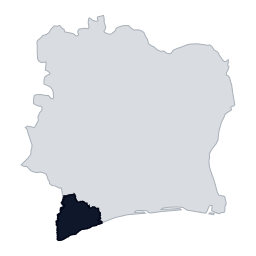 San Pedro, Bas-Sassandra, Ivory Coast (highlighted)
{"feature_id": "98640826B43081365176028", "entity_name": "San Pedro", "entity_type": "district", "adm_level": 2, "iso_a3": "CIV", "parent_name": "Ivory Coast", "parent_adm1": "Bas-Sassandra", "projection": "mercator", "projection_center": [-6.916, 5.016], "detail": "fine", "context": "in_parent", "style": "filled", "palette": "ink", "viewbox_px": 256, "rotation_deg": 0, "n_neighbors": 0, "source": "geoboundaries", "source_scale": "gbopen_adm2", "svg_char_len": 8264}
<svg xmlns="http://www.w3.org/2000/svg" viewBox="0 0 256 256"><path d="M42.7,35.4L43.7,35.3L46.4,34.5L48.9,32.7L51.1,29.0L54.2,25.9L57.7,26.2L58.7,25.6L59.9,25.5L61.4,27.5L62.8,29.0L63.9,29.0L64.7,31.9L71.0,33.1L73.7,33.9L76.0,36.0L76.8,36.0L77.7,35.6L78.5,34.9L78.6,34.1L77.7,32.2L78.1,30.5L79.1,29.0L80.7,28.9L83.2,28.4L86.0,28.4L88.1,28.7L89.0,27.2L88.2,22.9L88.4,20.6L88.7,18.6L89.5,17.8L92.6,20.3L95.5,21.2L97.6,21.2L98.1,20.8L97.3,18.0L97.5,17.2L98.2,16.7L99.6,16.5L103.3,15.4L103.6,15.6L104.3,19.9L104.0,21.3L104.8,24.2L105.7,26.9L105.7,28.0L104.9,29.7L104.0,31.2L104.1,31.8L105.5,32.9L108.3,34.0L111.2,34.2L112.8,32.6L114.5,31.4L115.6,30.2L116.0,28.5L117.9,27.3L123.1,25.7L127.9,25.5L129.1,26.0L131.3,28.3L134.0,30.0L138.2,29.8L141.3,30.7L143.9,32.5L145.7,36.6L147.6,39.5L148.5,43.6L151.5,45.8L153.9,46.8L157.2,49.8L160.5,51.3L164.0,51.0L165.6,52.5L168.2,53.7L170.8,53.7L173.1,50.3L176.1,48.9L183.7,46.1L186.7,44.9L189.8,44.1L197.1,43.8L204.0,44.7L207.3,45.3L209.7,44.9L211.9,46.5L214.1,50.0L216.0,51.1L217.9,52.3L219.3,55.0L221.0,57.7L221.9,58.9L223.9,61.5L225.7,61.6L227.4,60.4L228.1,59.6L228.5,61.3L227.8,64.2L227.9,66.0L228.9,66.6L228.4,68.9L226.4,72.8L226.3,75.1L228.3,75.8L229.8,78.2L230.6,82.3L231.5,83.7L231.6,84.6L233.0,94.6L234.8,104.7L233.7,106.0L232.1,106.4L231.1,106.9L230.8,107.8L231.5,109.2L231.0,110.4L229.1,111.3L224.8,114.5L224.6,115.8L223.4,118.5L222.5,120.1L221.1,123.2L218.9,131.4L218.1,138.1L218.0,140.2L217.1,141.6L216.2,143.7L211.6,149.5L209.2,154.2L209.5,156.3L209.6,158.3L208.9,159.8L209.1,163.8L209.6,167.1L210.5,170.4L213.8,179.6L215.5,185.3L216.6,189.8L217.5,192.8L218.4,194.1L218.8,195.2L223.7,196.1L224.7,196.7L226.1,202.6L225.8,205.3L224.9,206.3L224.9,208.6L224.7,211.4L223.9,212.5L221.2,212.6L219.3,213.7L216.8,213.2L216.6,212.5L215.2,212.3L211.6,210.7L212.2,205.6L210.5,205.4L209.2,206.0L206.6,212.2L205.3,213.2L187.0,210.1L183.0,207.5L178.2,207.0L169.9,207.2L163.1,208.0L161.1,209.5L178.4,208.6L180.3,208.8L181.2,209.8L159.3,211.8L150.9,213.0L148.5,212.6L146.6,210.7L137.5,210.4L135.7,211.1L134.6,212.5L138.1,212.2L143.8,212.1L145.3,213.2L127.6,214.7L115.4,217.5L110.2,219.5L93.2,226.2L82.8,229.4L80.1,230.6L75.3,233.8L69.3,235.9L62.5,239.8L58.3,240.6L57.4,239.4L57.2,232.9L56.7,224.1L56.9,220.8L57.4,217.6L57.5,215.0L59.5,214.0L60.1,212.9L60.4,209.5L62.3,206.4L62.4,201.0L62.9,199.9L63.4,198.5L62.5,194.9L61.5,188.2L60.9,187.8L60.5,188.1L59.4,188.2L55.1,185.9L51.8,185.5L49.5,183.5L49.3,181.3L48.2,180.0L47.4,177.4L46.3,174.4L43.0,172.6L39.9,172.1L37.8,172.5L35.2,172.4L32.3,171.4L30.3,170.3L28.4,168.1L26.6,166.4L25.2,166.6L23.5,166.2L21.8,165.4L21.2,164.8L28.3,157.8L30.7,154.4L31.0,152.3L31.0,150.2L31.8,148.1L32.0,144.8L28.0,132.9L27.0,129.2L26.0,128.1L25.3,127.7L27.3,126.1L30.0,126.5L34.2,127.7L35.1,126.6L38.3,120.5L38.2,118.3L37.9,116.7L39.8,112.6L41.2,111.0L42.0,109.3L41.8,106.9L40.6,106.1L39.2,106.2L37.4,105.7L34.7,104.3L33.4,103.1L33.8,97.6L34.1,95.9L35.0,95.0L36.5,94.7L40.6,94.5L44.0,95.2L46.9,95.5L48.5,95.5L49.8,97.1L51.5,98.8L53.0,98.8L53.5,97.6L53.2,92.2L52.2,89.3L49.9,86.6L44.1,84.2L43.9,80.9L44.5,77.4L45.8,76.1L50.1,73.8L49.4,72.6L48.0,71.3L45.2,70.0L45.9,65.7L46.0,61.9L43.7,62.3L41.3,62.5L39.2,61.4L37.6,59.1L37.2,52.7L37.2,45.3L36.9,42.1L37.6,40.4L39.6,38.8L41.9,36.7L42.7,35.4ZM214.4,213.3L213.5,214.7L208.9,213.8L210.0,212.7L214.4,213.3Z" fill="#d9dde1" stroke="#a8b0b8" stroke-width="1"/><path d="M64.0,196.0L64.1,196.3L63.9,196.8L63.9,197.0L64.2,197.3L63.5,197.3L63.4,197.4L63.4,198.2L63.2,198.5L63.3,198.8L63.6,198.9L63.9,199.1L63.8,199.5L63.6,199.5L63.3,199.3L63.2,199.3L63.0,199.5L63.5,199.8L63.5,200.0L63.1,200.2L63.0,200.4L63.0,200.5L62.9,200.8L62.5,200.9L62.3,201.2L62.4,201.8L62.6,202.2L62.5,202.8L62.3,202.6L62.1,202.5L62.0,202.4L61.9,202.1L61.5,202.4L61.4,202.7L61.4,202.8L61.6,203.1L62.0,203.3L62.1,203.6L62.2,204.2L62.4,204.5L63.2,205.0L63.7,204.9L63.6,204.5L63.7,204.4L63.9,204.4L63.8,204.9L63.7,205.7L64.0,206.1L64.4,206.1L64.1,206.4L64.0,206.6L63.8,206.6L63.7,206.7L63.3,206.9L63.3,207.1L63.5,207.5L63.4,207.7L63.1,207.8L63.0,208.3L62.5,208.7L62.4,208.7L62.7,208.4L62.7,208.2L62.4,208.0L62.4,207.9L62.6,207.9L62.7,207.6L62.9,207.5L62.8,207.2L62.6,207.2L62.1,207.3L61.8,207.6L61.5,207.7L61.2,207.9L61.1,208.0L60.9,207.8L60.6,208.0L60.5,208.4L60.5,208.6L60.8,208.7L60.9,208.8L60.9,209.4L60.9,209.5L60.7,209.4L60.6,209.5L60.3,209.9L60.2,210.2L60.4,210.5L60.5,210.5L60.6,210.8L60.5,211.2L60.7,211.6L60.6,212.1L60.5,212.5L60.2,212.8L60.2,213.3L59.7,213.5L59.7,213.9L59.3,214.4L59.2,214.3L59.3,213.9L59.1,213.7L58.7,213.8L58.3,214.2L57.9,214.4L57.8,214.7L57.6,214.7L57.4,214.9L57.4,215.1L57.6,215.2L57.7,215.6L57.9,215.7L57.8,216.0L58.0,216.3L57.9,216.4L57.7,216.8L57.7,217.1L57.9,217.5L58.2,217.6L58.2,217.8L58.1,218.2L57.9,218.3L57.8,218.6L57.6,218.6L57.6,218.8L57.8,219.2L58.1,219.1L58.3,219.2L58.5,219.5L58.4,219.6L58.3,219.8L58.4,220.1L58.5,220.3L58.7,220.5L58.3,220.7L58.0,220.5L57.8,220.5L57.5,220.6L57.4,221.0L57.1,221.1L56.9,220.9L56.3,221.1L56.1,221.7L56.1,221.9L56.3,222.1L56.6,222.1L56.5,222.3L56.6,222.7L56.7,222.8L56.5,223.0L56.4,223.1L56.5,223.4L56.8,223.9L56.5,224.0L56.4,224.2L56.3,224.4L56.4,224.8L56.4,225.0L56.9,225.4L57.5,225.5L57.3,226.0L57.5,226.4L57.5,226.8L57.7,227.1L57.4,227.6L57.7,228.3L57.7,228.5L57.3,228.5L57.2,228.8L57.5,229.5L57.3,229.5L57.1,229.6L57.0,230.1L57.4,230.2L57.6,230.4L57.7,231.2L58.0,231.6L57.7,231.9L57.7,232.1L57.2,232.1L57.0,232.6L57.4,232.9L57.5,233.1L57.5,233.4L57.6,233.7L57.3,233.9L57.3,234.3L57.8,235.0L57.6,235.2L57.8,235.8L57.5,236.0L57.3,236.5L57.3,236.9L57.4,237.2L57.7,237.5L58.3,237.6L58.2,237.7L57.8,237.9L57.6,238.1L57.2,238.9L57.3,239.4L57.9,240.0L58.3,240.0L58.5,240.2L58.9,240.3L59.2,240.2L60.3,240.3L60.9,240.1L61.2,240.1L61.9,239.8L62.8,239.6L63.5,239.1L64.5,238.7L65.0,238.2L65.4,238.1L65.9,237.9L66.2,237.4L66.5,237.2L67.0,236.9L67.4,236.9L68.4,236.7L68.7,236.0L69.8,235.3L70.2,235.2L70.7,234.7L71.4,234.7L71.6,234.5L72.5,234.5L74.2,234.3L74.5,234.4L74.8,234.2L75.2,234.2L75.3,234.0L76.1,233.9L76.2,233.7L76.3,233.2L76.7,232.8L77.1,232.7L77.2,232.3L77.9,232.1L77.9,231.9L78.2,231.6L78.3,231.6L78.6,231.2L78.8,231.1L79.6,230.7L80.1,230.4L80.0,230.0L80.1,229.8L80.3,229.7L81.1,229.5L81.5,229.5L82.0,229.3L85.4,228.9L85.6,228.7L86.3,228.6L86.8,228.7L87.4,228.6L87.6,228.2L88.7,228.0L89.6,227.8L90.2,227.4L90.4,227.3L91.1,226.8L91.2,226.5L92.0,226.1L92.4,226.0L92.7,225.9L92.9,225.9L93.4,225.8L94.5,225.7L95.1,225.6L96.4,225.3L96.6,225.2L96.7,224.8L97.3,224.5L98.0,224.4L98.5,224.2L99.5,223.9L99.7,224.0L101.3,223.3L101.9,223.2L101.9,222.8L101.9,222.5L102.0,222.0L101.9,222.0L101.7,222.1L101.4,221.9L101.3,221.4L101.2,221.4L100.9,221.1L100.6,221.0L100.4,221.1L100.2,220.9L99.9,221.0L99.7,221.2L99.5,221.3L99.0,221.3L98.9,221.0L98.7,220.6L98.3,220.5L98.0,220.2L98.0,219.9L98.4,219.9L98.5,219.8L98.8,219.9L98.9,219.7L99.0,219.7L99.5,219.3L99.9,219.3L100.5,218.5L100.4,218.4L100.3,218.0L100.3,217.7L100.3,217.2L100.1,216.9L99.6,216.5L99.4,216.2L99.5,216.0L99.5,215.7L100.1,215.4L100.3,215.3L100.2,215.1L100.1,214.8L100.3,213.4L100.1,212.7L99.8,212.6L99.3,212.2L98.9,211.3L98.6,211.2L98.5,210.9L98.6,210.7L98.5,210.1L98.6,209.9L98.5,209.7L98.4,209.4L98.4,208.4L96.8,208.4L95.8,208.5L95.4,208.1L95.5,208.0L94.6,207.0L93.7,207.1L93.0,206.9L93.0,207.0L92.1,207.4L91.9,207.7L90.7,208.0L90.4,208.0L90.2,208.2L90.2,208.4L90.1,208.5L89.6,208.5L89.3,208.4L89.3,208.5L89.3,206.1L89.1,206.0L88.9,206.1L88.9,205.9L88.8,206.0L88.8,205.8L88.7,205.8L88.4,205.8L88.0,205.9L88.0,205.7L87.7,205.5L87.4,205.2L87.2,205.1L87.2,204.8L87.0,204.6L87.0,203.9L86.9,203.8L86.9,203.7L86.9,203.3L85.9,203.3L85.1,202.9L83.7,201.7L83.4,201.6L83.1,201.7L82.9,201.6L82.6,201.5L82.5,201.4L82.4,201.5L82.0,201.8L81.5,201.7L81.3,201.6L80.9,201.5L80.5,201.6L80.2,201.6L80.1,201.9L80.0,202.0L79.7,202.2L79.1,202.1L78.6,202.2L76.7,201.5L76.8,201.2L76.9,200.8L76.7,200.7L76.3,200.1L76.2,199.8L76.0,199.6L75.9,199.5L75.5,199.5L75.2,199.2L75.1,198.9L75.3,198.8L75.3,198.7L75.6,198.5L75.4,198.3L75.4,198.0L75.2,197.8L75.4,196.6L75.5,196.4L75.3,196.1L75.2,195.7L74.8,195.0L74.8,194.6L74.4,194.2L74.4,194.3L74.2,194.4L68.4,195.1L68.4,195.3L68.2,195.3L68.2,195.5L67.9,195.9L67.8,196.0L67.2,196.0L66.9,195.8L66.7,195.8L66.3,196.0L66.2,196.1L65.8,196.0L65.4,195.8L65.2,195.9L64.7,195.9L64.5,196.0L64.0,196.0Z" fill="#0f172a" stroke="#020617" stroke-width="1.5"/></svg>